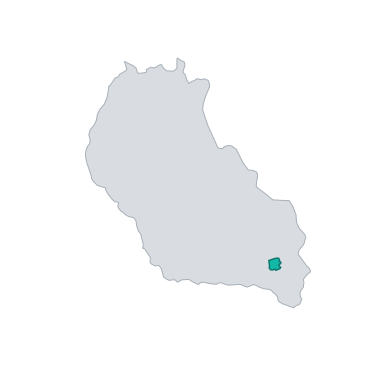 Hungary, with Nyíregyháza highlighted, rotated 67°
{"feature_id": "HUN-4923", "entity_name": "Nyíregyháza", "entity_type": "Urban county", "adm_level": 1, "iso_a3": "HUN", "parent_name": "Hungary", "parent_adm1": "", "projection": "orthographic", "projection_center": [21.77, 47.935], "detail": "fine", "context": "in_parent", "style": "filled", "palette": "teal", "viewbox_px": 384, "rotation_deg": 67, "n_neighbors": 0, "source": "natural_earth", "source_scale": "10m", "svg_char_len": 2990}
<svg xmlns="http://www.w3.org/2000/svg" viewBox="0 0 384 384"><g transform="rotate(67 192 192)"><path d="M306.7,114.2L310.7,113.7L310.9,113.8L311.8,114.1L312.5,117.0L313.6,119.1L314.6,121.7L316.0,123.6L319.1,124.4L323.2,126.8L325.9,131.3L329.9,133.1L330.2,133.2L331.0,133.0L333.8,132.8L334.4,133.7L336.7,135.9L337.6,137.8L337.2,139.9L337.6,142.2L338.5,143.0L337.5,144.6L330.1,152.5L327.2,154.6L325.3,155.1L322.2,154.3L319.1,154.9L316.3,156.6L313.7,157.2L311.7,159.2L309.2,163.5L306.1,167.1L303.0,169.4L301.3,171.4L301.1,178.3L299.4,180.3L297.0,182.4L295.7,184.1L292.1,194.7L289.4,198.1L286.8,200.7L286.3,203.0L286.4,205.8L283.4,211.2L279.5,216.8L278.7,219.1L279.6,222.2L275.8,225.8L273.7,227.5L271.9,228.3L270.7,230.5L268.8,236.0L269.3,238.4L269.3,240.7L266.2,242.0L265.2,244.4L264.4,247.5L263.0,248.9L259.4,251.4L250.5,250.2L247.1,251.0L246.1,252.8L245.9,254.3L244.8,255.6L242.7,257.3L240.6,258.1L236.0,255.9L226.0,257.8L224.2,259.4L222.9,258.2L220.7,257.2L210.8,255.7L206.8,256.6L201.5,256.1L196.7,254.9L193.0,255.6L189.7,259.9L188.1,261.3L186.8,262.1L184.0,263.4L181.6,265.0L178.5,266.0L175.8,265.8L173.3,263.8L172.3,264.2L171.4,265.9L170.0,267.3L166.0,269.0L165.0,268.9L164.8,268.9L161.8,270.1L156.9,270.6L154.4,270.0L149.7,275.8L148.3,276.8L144.0,278.5L140.4,279.2L137.5,278.4L136.3,278.3L123.1,277.3L116.2,275.7L111.9,273.1L109.1,270.4L107.8,267.4L104.4,265.5L99.1,264.6L95.0,261.5L92.3,256.2L88.5,251.9L83.5,248.7L79.7,244.2L77.1,238.6L72.0,233.4L64.5,228.5L62.2,227.4L61.9,226.0L58.4,220.3L57.0,218.2L57.3,215.5L56.6,214.0L55.3,212.8L54.9,208.9L54.6,206.0L53.7,204.1L45.5,203.1L52.9,196.7L56.4,195.0L60.4,195.6L61.7,195.1L62.1,194.1L62.9,191.9L63.4,189.9L63.9,187.9L63.5,186.7L61.6,186.3L61.0,181.3L62.1,179.5L63.2,178.3L62.4,172.2L62.9,170.2L66.0,170.1L68.6,169.0L70.8,167.7L71.5,165.9L73.5,162.2L72.2,157.5L63.6,153.9L63.2,152.7L65.3,151.6L67.7,149.9L69.0,148.5L70.7,148.4L73.1,149.3L77.1,152.9L78.7,153.5L80.4,152.6L82.1,152.5L86.8,153.0L90.8,152.4L90.1,148.8L90.3,146.2L89.7,144.1L90.3,141.9L92.0,140.2L92.7,136.3L95.4,133.7L96.5,133.4L100.9,134.2L101.8,134.9L102.5,135.1L109.1,142.1L115.4,147.3L120.6,150.1L128.5,150.8L136.9,151.4L151.0,151.1L161.6,150.9L162.4,149.7L164.1,146.9L162.9,144.3L163.1,141.3L165.0,137.5L170.3,134.5L185.3,133.6L193.9,131.5L195.3,128.3L198.2,125.1L200.8,124.6L204.3,126.1L208.5,129.1L212.2,130.7L214.4,129.8L222.1,125.2L230.8,120.7L237.0,108.1L237.7,106.1L244.1,104.8L253.5,105.1L258.3,106.8L261.9,107.7L267.3,107.5L275.2,104.8L278.1,104.9L280.3,106.8L282.8,108.5L284.4,110.6L285.7,113.4L286.4,114.5L287.4,116.0L289.4,118.0L291.3,118.5L305.9,115.0L306.7,114.2Z" fill="#d9dde1" stroke="#a8b0b8" stroke-width="1"/><path d="M291.4,137.7L292.6,138.5L292.6,140.4L294.9,140.6L295.9,139.8L296.8,140.8L296.9,143.0L296.8,145.4L295.4,145.7L295.3,148.0L294.3,150.1L292.0,150.6L290.6,149.6L287.7,148.8L285.1,148.0L285.4,144.1L285.7,140.9L286.1,139.6L286.9,138.1L289.0,138.0L289.8,138.8L291.4,137.7Z" fill="#14b8a6" stroke="#0f766e" stroke-width="1.5"/></g></svg>